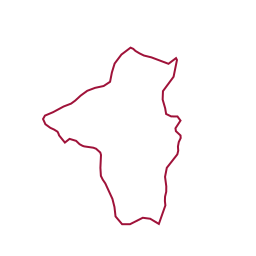 an SVG outline of Bitlis, rotated 122°
{"feature_id": "TUR-2311", "entity_name": "Bitlis", "entity_type": "Province", "adm_level": 1, "iso_a3": "TUR", "parent_name": "Turkey", "parent_adm1": "", "projection": "mercator", "projection_center": [42.405, 38.524], "detail": "fine", "context": "isolated", "style": "outline", "palette": "rose", "viewbox_px": 256, "rotation_deg": 122, "n_neighbors": 0, "source": "natural_earth", "source_scale": "10m", "svg_char_len": 1019}
<svg xmlns="http://www.w3.org/2000/svg" viewBox="0 0 256 256"><g transform="rotate(122 128 128)"><path d="M141.2,74.0L149.8,70.7L157.2,64.6L161.8,61.8L166.6,60.2L170.4,58.0L173.8,55.3L193.0,51.0L193.2,61.1L196.3,67.9L208.5,75.3L212.7,82.0L209.6,91.7L202.2,97.6L196.4,103.6L187.0,117.9L185.2,122.0L183.0,125.6L176.4,130.3L165.2,136.6L163.5,138.5L162.5,144.1L163.1,147.0L166.8,155.4L167.2,157.1L167.4,160.5L166.4,165.2L168.2,171.8L173.8,173.8L170.8,182.5L169.6,184.0L168.5,185.8L168.5,189.9L169.0,193.9L168.6,200.0L165.4,204.8L161.5,205.0L154.4,200.0L143.9,194.0L137.5,189.2L132.8,187.3L125.6,185.3L118.1,182.3L111.4,177.2L105.3,170.9L98.3,167.7L89.4,171.1L80.4,173.5L69.2,172.5L58.5,168.4L58.1,165.5L58.7,162.5L58.6,157.7L58.1,152.9L55.7,145.6L52.1,127.7L43.3,124.3L44.4,122.5L60.4,116.5L78.2,117.9L85.5,113.7L91.6,106.9L95.9,103.1L95.3,97.5L92.0,92.2L93.9,87.4L103.1,87.6L105.3,85.7L106.5,79.5L108.6,78.0L113.0,77.5L117.3,75.8L120.6,73.4L124.2,72.2L141.2,74.0Z" fill="none" stroke="#9f1239" stroke-width="2"/></g></svg>